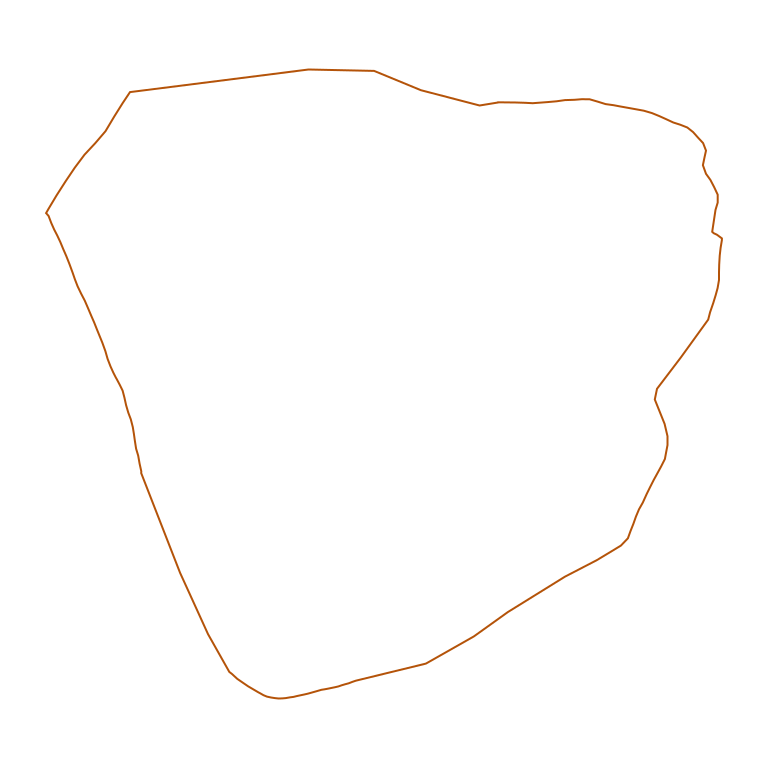 outline of Markhah Al Olya, Shabwah, Yemen
{"feature_id": "15242507B22375918016424", "entity_name": "Markhah Al Olya", "entity_type": "district", "adm_level": 2, "iso_a3": "YEM", "parent_name": "Yemen", "parent_adm1": "Shabwah", "projection": "mercator", "projection_center": [45.924, 14.502], "detail": "fine", "context": "isolated", "style": "outline", "palette": "amber", "viewbox_px": 768, "rotation_deg": 0, "n_neighbors": 0, "source": "geoboundaries", "source_scale": "gbopen_adm2", "svg_char_len": 2182}
<svg xmlns="http://www.w3.org/2000/svg" viewBox="0 0 768 768"><path d="M258.3,692.3L260.2,693.3L263.5,695.2L264.0,695.4L266.9,696.6L271.0,697.5L274.9,698.1L278.6,698.5L282.1,698.4L285.7,698.1L290.3,697.3L293.5,696.9L296.7,696.1L300.9,695.2L304.7,694.4L308.1,693.6L311.3,692.7L314.5,691.8L318.0,690.8L321.4,689.8L324.6,689.3L327.8,688.7L331.2,688.0L335.1,687.2L338.5,686.4L341.6,685.3L345.0,684.3L348.7,683.3L352.3,681.9L355.8,680.7L425.9,663.6L473.9,636.4L507.8,612.1L564.9,576.7L596.9,560.1L620.9,545.6L627.9,538.3L630.5,531.1L633.4,523.8L635.9,516.7L639.0,509.3L642.8,502.6L646.6,494.2L650.1,487.1L653.7,480.0L657.5,473.1L661.1,466.5L664.9,459.0L666.0,453.0L667.5,445.1L667.5,436.2L664.6,423.9L654.8,399.5L657.0,388.8L680.8,357.5L708.2,319.6L710.1,312.2L713.2,303.2L715.6,295.4L717.6,288.1L719.0,280.0L719.0,272.2L719.2,264.5L719.7,256.1L719.7,255.9L720.6,247.9L721.9,240.0L721.9,238.4L716.9,234.7L713.7,233.2L712.2,231.8L715.5,209.9L717.7,202.6L717.7,194.7L714.2,187.2L710.4,179.9L706.0,173.8L702.9,165.2L704.4,157.9L706.0,150.6L703.1,143.1L698.0,137.6L693.1,132.1L687.3,127.5L680.2,124.7L673.3,122.5L666.2,119.2L659.1,116.0L657.6,115.4L652.0,113.1L643.8,110.7L636.1,109.3L628.9,108.0L621.6,106.7L619.4,106.3L613.6,105.2L605.6,104.1L597.9,101.7L589.7,99.3L581.9,99.2L574.4,99.8L565.0,100.1L556.5,101.3L547.4,102.1L532.7,103.2L525.1,102.8L515.7,102.5L498.1,102.3L498.0,102.5L479.6,105.5L420.9,90.2L374.1,70.9L308.5,69.5L130.0,92.1L122.6,103.2L114.2,116.6L105.5,131.2L95.4,143.0L84.5,154.7L74.7,167.8L65.6,181.3L56.5,195.5L48.6,208.7L46.1,213.1L48.6,216.0L51.3,223.1L54.2,229.6L57.2,235.4L60.3,242.0L63.2,249.0L66.3,256.1L69.2,263.4L70.8,267.7L72.7,272.9L74.9,279.3L77.6,286.3L81.1,293.6L84.8,300.7L88.0,308.1L91.3,315.9L94.1,322.3L97.0,329.6L99.6,336.0L102.3,342.6L105.4,351.2L107.6,358.9L110.5,366.4L113.3,372.6L115.9,377.7L116.4,378.5L119.7,384.7L122.6,390.6L124.4,397.5L126.1,405.2L128.3,412.7L130.8,419.3L132.8,427.1L133.9,433.9L134.9,441.0L136.1,448.7L138.2,455.7L139.6,463.7L141.3,471.4L141.2,473.1L177.8,567.0L180.1,572.9L190.6,595.9L208.0,634.1L229.3,671.9L232.0,674.0L237.2,678.8L242.7,682.6L248.1,686.3L258.3,692.3Z" fill="none" stroke="#b45309" stroke-width="2"/></svg>